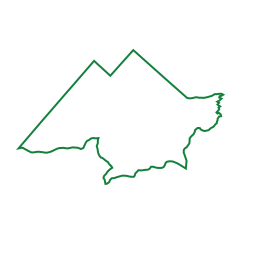 the district of Mirinzal, Maranhão, Brazil, rotated 42°
{"feature_id": "56859067B82265545295101", "entity_name": "Mirinzal", "entity_type": "district", "adm_level": 2, "iso_a3": "BRA", "parent_name": "Brazil", "parent_adm1": "Maranhão", "projection": "albers", "projection_center": [-44.795, -2.07], "detail": "fine", "context": "isolated", "style": "outline", "palette": "green", "viewbox_px": 256, "rotation_deg": 42, "n_neighbors": 0, "source": "geoboundaries", "source_scale": "gbopen_adm2", "svg_char_len": 2236}
<svg xmlns="http://www.w3.org/2000/svg" viewBox="0 0 256 256"><g transform="rotate(42 128 128)"><path d="M188.1,77.5L189.3,75.7L189.5,73.7L189.8,72.0L190.7,70.1L190.5,67.1L190.7,64.9L189.8,63.9L189.5,62.5L188.4,61.1L188.0,58.6L189.3,56.9L187.8,55.9L185.5,55.9L184.8,57.4L183.3,57.2L183.4,55.0L183.1,52.8L181.6,52.2L182.0,50.3L180.4,50.6L178.8,50.7L178.8,48.4L176.7,48.7L177.5,46.8L177.8,43.6L175.4,44.3L174.8,43.0L175.7,41.9L176.5,39.6L174.9,39.9L173.6,40.8L172.2,42.4L170.8,44.0L169.7,44.9L169.3,46.5L168.7,48.2L166.7,51.4L165.3,53.5L163.7,55.3L162.0,56.6L160.3,58.2L158.8,58.9L157.6,60.1L156.6,61.6L155.3,63.4L153.6,65.0L151.8,66.1L123.2,66.4L120.2,66.4L79.8,66.6L79.9,101.0L66.5,100.9L63.7,100.9L57.9,100.8L58.6,138.7L58.6,140.3L59.2,170.2L59.3,177.6L60.3,216.4L62.4,213.6L63.7,212.9L65.5,212.7L67.4,212.1L68.8,211.9L70.3,211.4L71.9,211.1L73.4,210.1L74.9,208.4L75.9,207.1L77.0,205.8L80.6,203.2L82.1,202.3L84.1,200.8L85.7,198.6L86.7,196.8L87.5,195.0L88.3,192.9L89.2,190.8L90.3,189.0L92.0,187.2L93.3,186.0L94.7,185.0L96.5,183.9L98.0,182.0L99.6,179.7L101.0,178.5L104.1,176.2L105.6,175.6L107.0,175.2L108.2,172.8L107.3,170.0L106.4,167.0L106.2,164.9L107.0,163.4L107.5,160.6L108.8,158.8L111.0,157.2L112.8,155.3L113.5,156.9L114.6,158.2L116.0,159.9L116.4,161.3L117.1,162.6L119.0,163.6L120.6,165.0L122.2,166.2L123.8,167.2L125.8,167.8L127.5,168.1L129.0,167.4L134.2,167.1L135.6,166.7L137.6,167.3L139.2,167.5L141.1,167.5L142.9,168.1L142.4,169.8L142.1,172.2L142.0,174.3L142.3,175.9L142.4,177.6L142.3,179.6L143.1,181.5L145.5,182.2L146.7,183.2L148.7,184.6L149.8,183.1L150.2,180.6L149.4,178.5L149.6,176.2L151.3,174.4L152.9,171.5L155.8,167.0L159.1,164.4L161.9,162.9L164.9,160.5L164.9,159.0L163.9,157.0L164.0,152.4L166.1,150.8L167.2,149.6L168.4,148.0L169.5,146.9L170.8,145.5L171.4,143.6L171.0,141.5L172.4,140.1L174.3,139.2L176.2,138.2L178.3,136.5L179.8,135.0L180.6,133.2L180.2,130.9L179.3,128.7L179.5,127.1L181.2,124.8L183.9,122.8L187.6,121.5L189.8,120.9L198.1,119.4L193.4,113.1L185.6,108.8L184.1,106.8L183.9,105.2L184.5,103.0L184.2,100.9L183.9,98.5L183.1,97.2L180.8,94.5L180.6,92.6L180.7,90.4L180.9,88.8L180.1,86.0L179.2,84.7L179.7,81.4L181.4,80.0L183.0,80.4L184.6,80.1L186.8,79.1L188.1,77.5Z" fill="none" stroke="#15803d" stroke-width="2"/></g></svg>